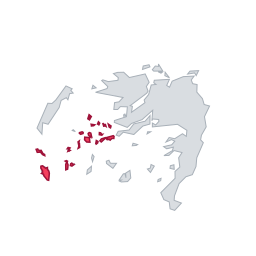 Notioy Aigaioy, Notio Aigaio, Greece (highlighted), rotated 118°
{"feature_id": "26713481B52894455575268", "entity_name": "Notioy Aigaioy", "entity_type": "district", "adm_level": 2, "iso_a3": "GRC", "parent_name": "Greece", "parent_adm1": "Notio Aigaio", "projection": "natural_earth1", "projection_center": [26.069, 36.671], "detail": "medium", "context": "in_parent", "style": "filled", "palette": "rose", "viewbox_px": 256, "rotation_deg": 118, "n_neighbors": 0, "source": "geoboundaries", "source_scale": "gbopen_adm2", "svg_char_len": 5543}
<svg xmlns="http://www.w3.org/2000/svg" viewBox="0 0 256 256"><g transform="rotate(118 128 128)"><path d="M169.2,45.6L178.8,48.1L179.6,52.9L173.9,56.9L174.4,62.7L169.7,68.7L150.3,62.8L144.3,66.1L138.2,63.9L130.5,69.3L124.3,68.8L126.3,76.8L133.0,79.0L135.5,83.3L127.2,78.2L123.6,78.9L128.2,84.1L127.7,87.8L122.3,81.5L117.7,80.5L117.8,84.1L122.5,87.9L117.1,87.2L115.5,81.7L107.5,77.2L108.0,72.6L102.4,74.9L101.5,86.0L115.6,107.0L112.2,108.8L112.3,105.0L107.7,103.8L106.1,104.9L107.0,107.1L108.5,110.5L110.4,110.3L100.7,114.5L114.0,119.5L122.3,127.0L127.8,128.9L129.5,142.7L127.8,143.5L118.7,134.7L109.6,138.5L112.7,144.8L116.5,145.8L118.3,149.2L111.9,151.8L109.1,148.2L103.4,146.7L111.7,173.4L103.0,165.0L100.9,165.3L98.5,173.5L97.3,172.8L96.3,167.2L90.6,159.3L88.1,160.2L86.8,166.4L83.8,163.3L80.8,158.0L82.8,150.5L72.2,138.2L77.7,130.8L82.7,131.3L86.0,127.6L88.5,127.8L107.3,136.6L106.8,134.3L112.5,132.3L97.7,124.9L95.7,126.9L88.8,125.5L79.1,127.7L76.4,123.7L75.9,126.5L73.5,127.2L65.6,114.3L72.3,113.8L72.5,110.5L65.9,111.0L56.7,103.3L51.1,94.0L55.9,94.7L58.5,91.7L57.2,87.4L64.0,84.1L67.1,76.1L71.5,71.8L70.3,66.3L82.1,65.8L90.3,59.5L99.9,59.8L104.4,58.3L105.6,54.6L122.0,53.3L130.1,49.9L139.0,49.3L143.9,54.0L153.1,56.8L166.1,55.1L170.2,53.3L169.2,45.6ZM125.1,195.7L131.3,194.3L130.2,196.7L135.0,200.0L142.3,198.4L162.2,200.3L163.4,205.8L173.9,201.1L170.8,208.3L143.8,210.4L142.0,206.6L137.2,204.9L120.0,202.5L119.6,195.7L121.6,196.2L122.9,192.8L125.1,195.7ZM114.2,110.5L119.3,115.8L131.0,119.8L133.9,130.2L139.5,132.0L139.8,135.1L135.5,135.1L129.3,126.1L121.7,124.8L114.0,116.1L106.6,114.4L114.2,110.5ZM175.5,103.2L178.8,108.6L178.9,110.5L177.1,109.4L178.2,111.4L170.7,110.6L169.7,109.3L172.9,106.4L169.0,108.9L164.5,106.4L170.8,102.1L175.5,103.2ZM203.9,186.1L201.4,185.4L201.3,180.2L205.2,175.9L211.5,173.8L208.7,182.8L203.9,186.1ZM169.4,130.3L167.5,131.6L165.4,129.7L167.4,127.0L164.6,121.6L170.7,122.4L169.4,130.3ZM61.4,124.0L65.7,132.1L65.1,133.9L60.5,133.0L59.2,129.9L57.2,131.2L61.4,124.0ZM52.4,100.7L48.7,100.0L44.2,92.6L49.7,92.4L48.1,95.0L52.4,100.7ZM156.7,87.3L155.1,91.6L153.0,89.5L149.4,90.5L149.3,86.9L156.7,87.3ZM183.7,140.2L188.2,142.7L184.1,144.2L178.9,142.3L183.7,140.2ZM143.9,72.0L141.4,72.9L138.9,70.2L142.8,67.8L143.9,72.0ZM63.7,137.3L69.5,142.7L66.1,143.7L62.3,139.1L63.7,137.3ZM158.6,160.8L156.9,161.7L155.0,158.2L158.2,155.2L158.6,160.8ZM147.1,137.9L147.2,143.1L142.1,136.5L147.1,137.9ZM191.7,188.8L190.0,198.8L188.7,194.2L191.7,188.8ZM64.5,120.0L61.3,121.4L64.2,115.0L64.5,120.0ZM110.4,178.3L106.7,179.0L107.5,175.0L110.4,178.3ZM186.2,166.6L191.4,162.4L194.1,163.2L190.2,165.4L186.2,166.6ZM168.1,147.0L169.2,144.5L174.4,143.5L171.6,146.1L168.1,147.0ZM152.5,156.3L151.8,160.2L150.0,159.1L152.5,156.3ZM152.4,144.6L151.0,146.7L147.9,143.5L152.4,144.6ZM141.7,115.9L139.1,116.4L138.1,111.7L139.6,112.6L141.7,115.9ZM161.5,76.6L159.3,77.2L156.9,75.2L159.2,74.4L161.5,76.6ZM138.8,165.7L138.7,167.7L134.6,168.4L135.3,166.2L138.8,165.7ZM168.8,162.3L162.5,165.1L167.6,161.5L168.8,162.3ZM136.2,144.1L134.0,147.1L135.8,143.3L136.2,144.1ZM157.0,148.5L154.0,149.9L154.1,148.0L157.0,148.5ZM176.6,170.1L174.1,171.9L172.9,171.0L174.8,168.8L176.6,170.1ZM188.0,159.9L185.6,161.3L185.0,157.8L188.0,159.9ZM137.8,150.0L135.8,152.3L136.8,148.4L137.8,150.0ZM64.1,124.6L64.2,127.8L62.6,123.9L64.1,124.6ZM155.9,166.9L155.0,168.3L153.0,165.9L155.9,166.9ZM124.3,108.4L122.1,108.9L120.7,106.2L124.3,108.4ZM119.6,137.4L118.0,138.0L117.1,137.3L118.3,135.8L119.6,137.4ZM138.7,155.3L136.6,156.7L137.0,155.4L138.7,155.3ZM155.9,172.8L156.4,176.1L155.2,175.6L155.9,172.8ZM143.3,161.2L141.6,161.0L141.7,159.4L143.3,161.2Z" fill="#d9dde1" stroke="#a8b0b8" stroke-width="1"/><path d="M211.4,173.5L204.9,176.2L203.1,177.8L202.4,179.7L200.7,180.6L202.2,182.0L201.5,185.7L202.5,187.0L202.1,187.3L204.3,186.1L206.0,183.3L207.5,182.5L208.7,183.0L208.4,181.0L209.7,179.8L211.8,174.9L211.4,173.5ZM159.8,157.9L158.4,155.0L154.6,157.7L156.4,161.9L158.8,160.8L159.8,157.9ZM144.8,137.4L143.9,135.6L142.0,136.4L141.7,137.4L147.3,143.3L148.0,141.2L147.0,141.1L147.6,140.1L146.7,139.4L147.1,138.1L144.8,137.4ZM191.5,188.5L190.5,189.2L190.5,191.1L188.5,194.2L189.5,195.5L189.6,197.0L188.9,197.9L190.0,199.1L192.1,196.7L190.3,193.8L191.6,191.0L191.5,188.5ZM194.1,163.3L192.7,162.0L188.7,163.6L187.1,165.5L185.7,165.8L185.7,167.1L186.7,167.9L186.8,166.0L189.4,165.9L194.1,163.3ZM148.5,143.5L147.5,143.8L150.1,146.4L152.5,146.8L152.9,145.1L148.5,143.5ZM152.5,156.3L150.0,158.4L150.2,160.1L151.5,160.6L152.8,159.6L153.7,156.4L152.3,157.0L152.5,156.3ZM138.9,165.9L136.3,165.8L137.5,167.1L137.0,167.5L135.0,166.2L134.5,168.6L138.7,167.8L138.9,165.9ZM136.1,143.6L134.2,143.9L133.8,147.2L136.0,145.1L136.1,143.6ZM167.9,161.6L164.5,163.6L164.7,164.4L162.4,165.0L163.7,165.6L167.0,162.9L169.3,162.5L167.9,161.6ZM187.9,159.6L184.8,158.2L186.5,159.6L186.0,159.5L185.4,161.1L186.4,161.8L188.2,161.3L187.9,159.6ZM154.0,165.1L153.2,165.3L152.9,166.7L154.9,168.7L155.5,168.5L155.8,166.9L154.0,165.1ZM136.8,149.2L136.9,148.2L135.5,149.6L136.2,151.0L135.5,152.6L137.8,150.3L136.8,149.2ZM175.0,168.6L175.0,169.4L175.6,169.2L175.4,170.1L172.8,169.8L173.3,171.7L174.7,171.9L174.2,171.2L174.7,170.3L176.8,170.1L175.0,168.6ZM155.0,147.9L154.0,148.2L153.9,150.1L157.0,149.1L157.0,148.4L155.7,147.9L155.3,148.7L155.0,147.9ZM147.4,150.2L146.6,147.7L145.6,147.5L146.0,148.0L145.1,149.9L145.5,151.1L147.4,150.2ZM140.8,158.9L142.0,162.3L143.3,161.2L142.1,159.4L140.8,158.9ZM138.8,155.2L137.0,155.3L136.4,157.0L138.8,156.8L138.8,155.2Z" fill="#f43f5e" stroke="#9f1239" stroke-width="1.5"/></g></svg>